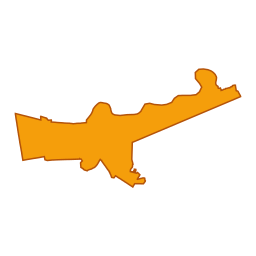 Salas pag., Babites, Latvia
{"feature_id": "27541924B71610578089497", "entity_name": "Salas pag.", "entity_type": "district", "adm_level": 2, "iso_a3": "LVA", "parent_name": "Latvia", "parent_adm1": "Babites", "projection": "albers", "projection_center": [23.659, 56.92], "detail": "fine", "context": "isolated", "style": "filled", "palette": "amber", "viewbox_px": 256, "rotation_deg": 0, "n_neighbors": 0, "source": "geoboundaries", "source_scale": "gbopen_adm2", "svg_char_len": 4643}
<svg xmlns="http://www.w3.org/2000/svg" viewBox="0 0 256 256"><path d="M235.4,85.6L235.4,85.2L234.4,85.1L232.8,85.5L232.7,85.5L232.4,85.7L232.2,86.5L230.5,87.0L229.9,87.6L229.8,87.8L228.4,87.9L227.0,88.4L225.6,88.5L225.2,89.1L224.7,89.2L223.7,89.3L222.7,90.0L221.9,90.3L221.8,90.1L221.5,89.9L221.1,90.2L221.0,89.6L220.8,89.0L220.7,88.9L220.5,88.5L220.3,88.3L220.3,88.1L220.0,88.2L219.8,88.2L219.2,88.3L218.7,88.3L218.2,88.1L218.1,87.6L218.0,86.4L217.2,85.9L216.4,85.2L215.9,84.4L215.7,83.1L215.7,82.7L215.9,81.5L216.3,79.8L216.5,77.9L216.5,77.3L216.3,76.7L215.4,74.9L215.1,74.4L214.0,73.2L212.8,72.1L212.2,71.7L210.8,70.8L210.2,70.6L207.9,69.7L203.4,69.0L198.8,69.3L195.3,72.5L195.5,78.6L199.6,83.5L201.7,87.1L199.5,91.8L196.1,94.7L193.6,95.0L192.6,95.1L190.8,95.4L182.3,95.4L181.1,95.5L178.3,95.6L174.4,98.3L171.7,102.4L166.9,104.3L166.7,104.4L161.7,105.1L154.3,104.5L149.7,103.3L145.0,104.1L141.4,110.2L140.9,111.3L138.7,113.2L137.1,114.0L134.1,114.5L127.2,114.7L120.0,115.5L119.3,115.4L114.6,114.9L112.5,113.8L111.7,112.8L110.8,110.0L110.7,108.8L110.3,107.8L110.1,107.3L109.9,106.8L109.5,106.0L109.3,105.5L108.8,104.8L108.3,104.5L107.6,104.0L107.2,103.8L106.4,103.5L106.2,103.4L104.2,103.1L103.6,103.0L102.3,102.7L101.7,102.6L100.5,102.5L100.2,102.5L99.9,102.6L98.6,103.1L98.2,103.5L97.2,104.3L96.8,104.7L95.7,105.8L95.2,106.3L94.9,106.7L94.6,107.1L94.2,107.6L93.9,108.0L93.4,108.7L93.1,109.3L92.8,110.3L92.7,110.9L92.2,112.0L92.0,112.5L91.4,113.6L91.1,114.1L90.4,115.2L90.0,115.6L89.1,116.8L86.5,120.0L86.4,122.6L84.4,122.8L81.1,123.1L80.5,123.3L79.6,123.3L79.1,123.3L77.8,123.3L76.3,123.4L75.7,123.5L75.2,123.6L74.5,123.6L73.3,123.8L71.7,123.5L70.2,123.4L69.4,123.2L67.9,123.2L65.5,123.1L65.0,123.1L64.1,123.0L62.0,122.8L60.2,122.7L58.7,122.6L57.1,122.5L55.4,122.3L54.1,122.2L52.4,122.1L51.2,122.0L51.2,121.9L51.4,120.3L51.3,120.0L49.8,120.1L48.6,120.3L48.3,120.3L47.8,119.7L47.1,118.8L46.5,118.6L46.5,118.1L44.4,117.5L41.9,116.7L40.8,116.3L40.7,116.4L40.7,116.6L40.7,117.3L40.8,118.8L40.8,119.6L40.8,119.9L40.8,120.0L38.6,119.4L37.1,119.0L35.9,118.7L32.5,117.8L29.2,117.0L26.2,116.2L23.3,115.5L22.1,115.2L19.0,114.4L15.4,113.5L15.4,113.8L15.4,114.2L15.7,115.9L16.1,119.0L16.3,120.0L16.7,122.4L17.0,124.1L17.0,124.7L17.5,127.5L17.9,130.4L18.2,132.1L18.2,132.5L18.4,133.2L18.5,134.1L18.5,134.3L18.8,135.8L19.0,137.0L19.4,139.5L19.7,141.3L19.8,142.3L20.1,143.9L20.9,148.2L21.3,150.7L21.6,152.1L21.8,153.7L22.1,155.6L22.9,160.3L27.7,159.4L29.1,159.2L33.7,158.4L35.2,158.2L39.5,157.5L40.5,157.3L40.9,157.2L41.5,157.1L44.3,156.6L45.0,159.8L47.3,160.5L52.3,160.0L53.1,160.0L56.7,159.8L65.6,159.5L70.7,159.4L79.4,159.1L79.6,158.8L79.7,159.0L79.8,159.1L80.3,159.1L80.9,159.0L81.0,159.0L82.3,160.9L80.6,162.7L80.6,163.2L80.6,163.3L80.6,163.7L80.7,164.3L80.7,164.5L80.7,165.0L80.8,166.0L80.9,166.8L80.9,167.4L81.4,167.7L82.1,168.1L82.4,168.3L83.2,168.7L83.3,168.8L83.2,169.0L84.2,169.9L85.2,170.2L87.2,170.8L88.0,170.1L89.7,169.5L91.5,169.0L93.0,168.1L94.6,167.4L96.3,165.7L97.3,164.4L98.3,162.7L99.2,161.0L100.2,159.4L101.0,160.2L101.3,160.5L101.6,160.5L101.6,160.9L104.3,164.7L104.8,165.4L105.3,166.0L105.9,166.9L106.3,167.5L106.9,168.3L107.2,168.8L107.3,168.9L107.3,169.0L107.6,169.4L107.9,169.8L108.7,170.7L109.4,172.1L109.5,172.0L109.6,172.3L110.3,174.0L110.8,175.0L111.6,177.4L113.7,177.8L113.9,177.8L114.0,177.8L115.5,175.8L116.9,176.6L118.4,177.7L118.5,177.7L119.1,178.1L120.8,179.1L122.2,180.1L123.9,181.1L124.8,181.8L126.0,182.5L128.4,184.1L130.8,185.7L131.5,186.1L131.8,186.3L132.8,187.0L133.6,185.5L133.7,185.4L134.3,184.4L134.5,184.0L134.7,183.8L134.9,183.4L135.0,183.1L135.0,183.3L135.1,183.5L135.3,183.7L135.5,183.7L136.0,183.7L137.3,183.7L138.1,183.7L139.3,183.7L142.0,183.8L142.6,183.8L143.4,183.8L143.5,183.7L145.2,181.4L145.3,180.8L145.0,180.7L144.7,178.2L143.9,177.9L143.3,178.0L142.4,178.0L141.7,178.3L141.1,178.4L140.3,178.5L140.0,178.7L139.7,178.8L139.2,178.9L138.7,179.0L137.7,179.3L137.4,179.3L137.3,179.2L137.7,178.4L139.1,176.2L139.9,174.8L138.5,173.4L137.5,172.5L136.6,173.2L135.4,172.9L135.3,172.6L135.5,172.1L135.7,170.9L135.9,170.3L135.8,169.4L134.5,169.2L134.6,169.8L134.9,169.8L135.0,170.7L133.9,170.4L133.5,171.6L134.9,171.9L134.8,172.7L132.1,172.1L132.1,171.7L131.8,171.6L131.6,171.9L130.3,171.6L130.3,170.8L130.3,170.7L130.5,169.6L130.9,169.0L131.2,168.5L132.3,167.2L132.5,166.2L132.6,164.4L133.0,164.2L132.9,163.9L132.5,162.1L132.2,161.0L132.1,160.9L131.8,159.3L131.8,159.0L132.3,142.4L240.6,96.6L240.4,95.8L238.6,92.6L238.5,92.3L238.3,91.9L238.1,91.5L237.8,91.2L237.5,91.0L237.1,90.9L236.6,90.9L236.4,90.8L236.2,90.7L236.2,90.4L235.7,87.5L235.4,85.6Z" fill="#f59e0b" stroke="#b45309" stroke-width="1.5"/></svg>